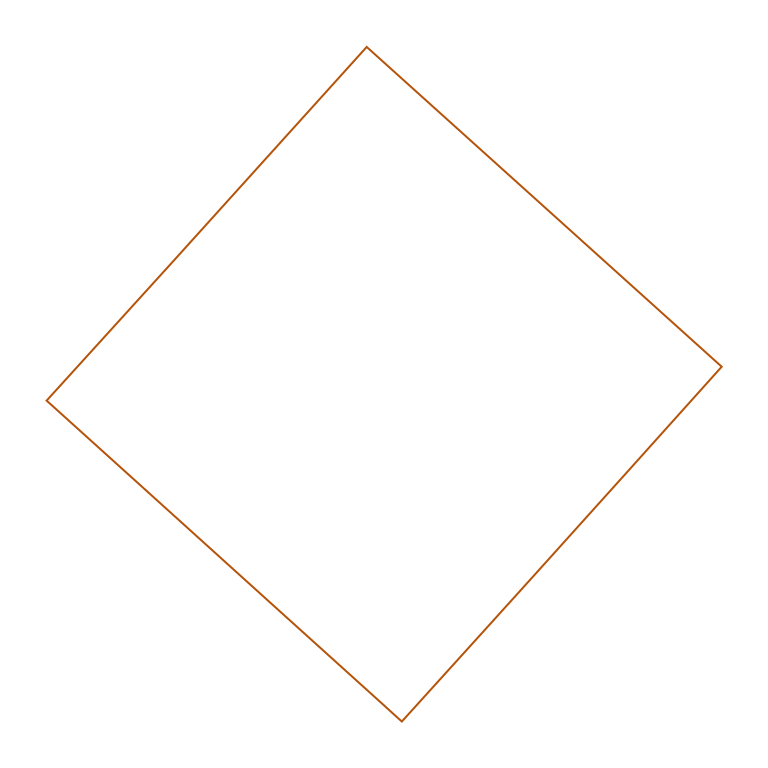 the district of Catriló, La Pampa, Argentina, rotated 132°
{"feature_id": "61730980B1153371895886", "entity_name": "Catriló", "entity_type": "district", "adm_level": 2, "iso_a3": "ARG", "parent_name": "Argentina", "parent_adm1": "La Pampa", "projection": "orthographic", "projection_center": [-63.562, -36.582], "detail": "fine", "context": "isolated", "style": "outline", "palette": "amber", "viewbox_px": 768, "rotation_deg": 132, "n_neighbors": 0, "source": "geoboundaries", "source_scale": "gbopen_adm2", "svg_char_len": 526}
<svg xmlns="http://www.w3.org/2000/svg" viewBox="0 0 768 768"><g transform="rotate(132 384 384)"><path d="M622.1,623.6L622.3,484.5L622.5,382.0L622.5,378.4L622.6,325.0L622.8,181.7L622.8,176.2L622.8,172.6L622.9,155.4L622.9,153.6L622.9,144.9L621.6,144.9L621.0,144.9L517.7,144.6L484.7,144.5L476.1,144.5L429.5,144.4L336.1,144.4L315.0,144.4L286.3,144.4L150.8,144.6L145.3,144.6L145.2,144.6L145.2,159.9L145.1,622.4L152.1,622.4L432.0,622.8L619.4,623.6L621.0,623.6L622.1,623.6Z" fill="none" stroke="#b45309" stroke-width="2"/></g></svg>